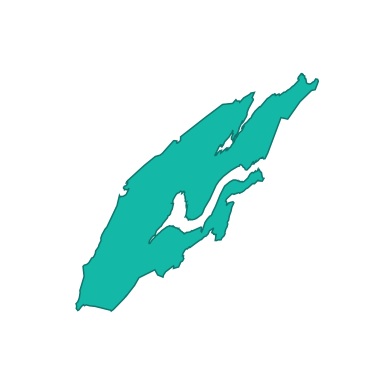 the district of Balsfjord nor, Troms, Norway, rotated 117°
{"feature_id": "86288312B43318148071115", "entity_name": "Balsfjord nor", "entity_type": "district", "adm_level": 2, "iso_a3": "NOR", "parent_name": "Norway", "parent_adm1": "Troms", "projection": "natural_earth1", "projection_center": [19.183, 69.274], "detail": "fine", "context": "isolated", "style": "filled", "palette": "teal", "viewbox_px": 384, "rotation_deg": 117, "n_neighbors": 0, "source": "geoboundaries", "source_scale": "gbopen_adm2", "svg_char_len": 6073}
<svg xmlns="http://www.w3.org/2000/svg" viewBox="0 0 384 384"><g transform="rotate(117 192 192)"><path d="M44.9,128.7L36.0,129.7L34.6,131.2L35.1,133.1L38.4,133.4L38.8,134.0L41.4,135.2L42.7,136.7L43.0,138.8L42.7,139.6L39.8,141.7L39.9,142.0L39.3,142.4L39.4,143.3L37.5,144.2L37.6,145.4L36.9,146.2L37.5,146.8L36.6,147.4L36.6,147.9L37.0,148.4L41.5,149.3L43.1,149.0L42.8,148.5L42.9,148.1L43.7,147.5L50.8,149.5L52.3,150.4L55.9,151.7L57.8,153.0L60.5,154.1L61.0,154.6L61.2,155.3L66.3,157.8L66.0,158.5L64.6,158.9L65.6,159.1L66.5,160.3L68.0,161.1L68.2,161.6L67.0,162.2L67.5,162.9L67.3,163.1L68.3,163.6L68.4,164.2L69.8,165.0L72.2,165.9L74.6,167.3L84.9,169.7L85.5,170.2L85.4,170.5L91.4,172.5L96.2,173.2L99.2,173.0L100.4,173.7L104.7,174.7L107.5,175.9L111.3,176.8L112.7,176.5L110.8,175.4L114.3,175.3L118.6,177.0L122.0,177.0L126.3,177.9L127.2,177.8L126.8,177.4L128.4,177.2L128.7,177.8L129.2,177.9L129.4,177.5L130.0,177.5L132.2,178.0L134.6,178.0L134.8,178.3L139.0,179.6L138.4,180.4L136.7,180.4L137.0,180.7L138.8,180.8L137.7,181.4L144.3,184.0L143.0,184.7L141.6,184.8L142.6,185.9L145.8,186.9L147.9,187.0L149.0,188.0L148.7,188.3L139.4,188.5L138.0,188.2L138.9,187.6L137.0,187.9L136.8,187.1L137.3,186.8L136.7,186.4L138.9,185.9L135.7,185.5L132.3,185.7L125.7,183.9L122.5,183.8L122.0,183.3L118.9,183.7L118.9,183.3L122.4,182.1L122.1,181.8L125.4,181.6L127.1,180.8L127.2,180.3L126.8,179.9L127.5,179.2L122.1,179.1L122.7,178.5L121.9,178.1L115.2,178.5L114.0,178.8L113.8,179.2L112.2,179.0L105.8,179.3L105.7,179.0L107.2,178.4L106.2,178.1L100.2,177.8L97.7,178.2L96.4,179.0L91.9,179.5L82.0,179.2L81.0,180.2L80.7,181.3L74.9,181.6L77.2,184.5L78.8,184.9L84.7,188.7L90.4,190.2L89.5,191.3L90.6,193.1L89.8,194.8L94.6,196.0L100.1,204.5L117.9,213.2L148.0,227.2L151.3,225.6L155.0,227.1L155.3,227.9L153.4,228.6L154.3,231.2L154.8,231.7L170.9,235.9L173.6,237.1L177.0,240.8L190.1,246.6L211.4,254.6L212.0,254.6L211.8,254.2L212.3,254.0L212.8,254.1L212.8,254.8L213.9,254.7L213.2,253.5L214.3,253.1L216.9,254.0L217.6,254.9L219.3,255.0L219.7,254.7L219.8,253.9L220.7,253.2L219.9,252.7L219.7,251.8L219.9,251.6L218.9,250.3L217.1,249.7L224.2,249.5L227.1,251.3L228.3,253.3L229.0,253.8L228.0,255.1L238.2,252.6L262.0,251.9L264.6,252.6L270.8,252.8L274.4,252.3L276.5,251.0L281.2,250.9L283.5,250.4L288.2,251.1L290.5,250.3L293.0,250.1L294.8,250.2L296.5,251.4L301.4,251.7L303.5,252.4L304.8,253.3L306.1,254.8L307.8,255.3L316.2,249.8L330.8,247.1L332.4,246.0L337.7,244.3L341.7,243.9L344.2,244.6L345.9,243.0L348.4,242.2L349.4,239.9L348.2,239.2L344.1,238.5L341.7,237.6L342.2,236.3L340.6,235.0L339.8,231.4L337.9,226.4L334.4,211.3L334.3,210.2L334.7,209.9L332.3,208.7L317.7,204.2L314.6,203.6L314.8,203.4L301.3,200.8L292.5,200.4L278.2,189.8L281.5,184.9L281.0,179.2L278.8,179.7L275.1,179.3L266.2,175.0L266.6,174.4L268.5,173.8L264.9,169.9L259.9,170.2L258.6,169.8L257.9,169.1L255.1,169.0L254.5,169.9L252.7,170.6L253.2,171.5L250.7,172.2L246.4,171.9L245.0,171.1L244.9,170.3L242.1,169.5L242.5,168.7L235.4,165.2L231.0,162.9L230.1,162.0L226.3,160.8L224.8,159.4L222.0,158.6L218.7,158.8L214.7,156.6L214.8,156.3L219.1,156.0L219.4,155.3L219.2,154.7L219.3,153.7L219.8,153.5L219.3,152.3L219.6,151.9L219.0,151.2L224.7,149.3L224.4,148.4L222.1,146.2L222.2,145.6L221.4,144.4L219.4,144.5L216.3,143.5L214.2,143.6L212.9,144.4L209.3,145.1L207.6,144.9L204.3,145.6L203.5,146.5L202.3,146.9L201.0,146.5L196.3,147.9L191.6,148.5L187.5,149.6L182.6,149.8L182.2,150.6L182.2,151.2L184.8,154.2L188.6,155.3L186.2,155.8L185.0,156.9L185.0,157.9L182.5,158.1L175.9,155.7L175.1,154.7L175.1,153.7L174.8,153.3L171.3,150.1L171.5,149.1L169.3,147.4L167.7,146.4L164.3,145.2L163.2,144.2L157.2,141.9L156.6,141.3L156.6,140.4L156.1,140.0L151.7,138.6L151.4,138.1L151.8,137.7L151.4,136.6L150.4,134.3L147.2,134.1L147.5,135.0L146.9,136.1L143.3,138.8L142.9,139.6L143.1,140.0L141.5,142.4L142.3,142.7L141.5,143.5L143.4,143.3L144.8,144.3L144.4,145.0L147.0,145.8L147.2,147.3L148.6,148.0L150.0,148.4L154.3,148.6L159.4,150.5L160.2,151.9L159.9,152.2L160.7,153.1L160.8,154.3L161.1,154.6L160.8,154.9L161.1,155.3L161.2,155.9L160.8,156.3L161.2,156.7L161.6,158.9L162.7,160.8L166.0,163.0L171.9,165.6L181.7,165.6L194.0,164.5L201.3,164.4L202.9,164.1L204.8,164.4L205.4,165.2L209.1,166.1L213.2,166.6L220.5,165.4L221.9,165.8L221.3,165.5L223.3,165.3L222.8,166.2L221.9,166.4L222.0,166.1L221.8,165.9L221.6,166.5L219.1,167.5L219.3,168.2L226.4,173.9L226.5,174.6L228.4,175.5L230.1,177.7L230.1,178.2L232.9,180.0L232.2,180.8L232.4,181.5L231.9,182.9L231.8,184.6L231.2,185.5L230.9,187.0L230.4,187.3L231.2,187.8L230.8,188.9L231.4,190.4L231.1,192.2L231.6,192.9L230.8,193.5L231.6,194.2L231.5,194.5L232.0,195.1L232.0,195.7L232.5,196.3L232.3,196.6L234.6,198.6L240.1,201.4L243.0,202.3L244.2,203.0L245.9,203.3L247.2,204.3L249.6,204.6L252.3,205.6L257.1,206.2L257.2,207.1L255.0,207.7L251.3,207.4L248.5,206.5L247.4,205.4L242.7,206.1L237.8,204.6L236.6,203.9L233.1,203.7L226.3,202.2L224.0,202.5L222.9,201.6L221.2,201.3L219.3,201.9L216.1,201.9L210.0,203.5L210.7,203.5L211.3,204.0L211.3,205.0L210.3,204.1L208.2,205.2L205.3,205.3L201.6,205.1L199.7,204.5L198.5,203.2L196.3,202.4L196.5,201.9L196.4,200.8L197.9,200.4L197.1,200.0L195.6,200.2L195.2,199.6L195.8,199.4L195.5,198.4L197.9,197.7L199.6,195.6L200.5,195.6L201.0,194.8L203.3,193.8L203.1,193.5L203.7,192.7L203.2,192.3L204.1,192.3L206.2,191.2L207.2,191.2L206.8,191.0L208.0,190.3L206.4,189.9L215.0,186.9L216.6,186.8L216.1,186.5L217.2,185.5L216.8,185.1L217.3,184.6L217.3,183.9L218.7,182.5L218.3,182.0L218.5,181.9L218.0,182.1L217.4,181.8L217.1,181.4L217.6,181.0L216.4,178.9L214.8,177.1L213.6,176.4L213.6,176.1L207.7,173.2L205.1,173.1L200.8,173.6L190.3,172.9L175.0,173.6L170.3,173.0L163.9,171.2L154.9,167.0L148.5,162.9L147.4,161.5L145.9,161.8L145.4,161.1L145.6,159.3L146.7,157.4L146.5,156.9L146.8,155.9L147.9,154.6L147.5,153.1L143.1,151.7L138.0,151.4L137.2,150.9L138.2,149.9L139.1,149.9L138.8,149.5L135.3,149.1L136.1,148.5L133.9,147.3L131.6,146.9L131.2,146.4L130.0,145.8L129.6,145.3L130.2,145.1L130.0,144.8L129.6,144.9L129.5,144.4L129.2,144.4L130.0,143.3L129.2,142.1L123.1,142.2L85.3,146.5L83.6,139.8L62.5,136.8L47.3,131.6L44.9,128.7Z" fill="#14b8a6" stroke="#0f766e" stroke-width="1.5"/></g></svg>